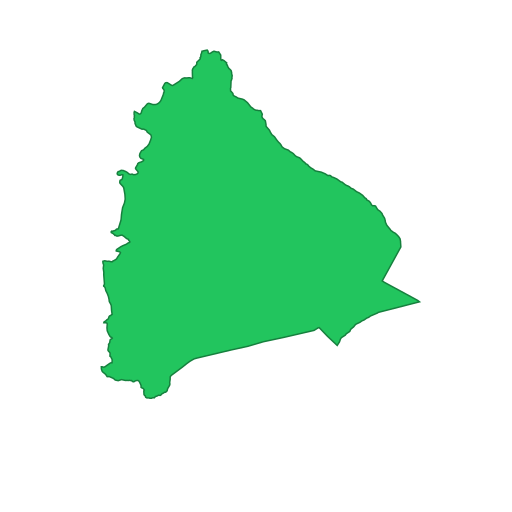 the district of Mt. Elgon, Western, Kenya, rotated 113°
{"feature_id": "3690345B65112986078037", "entity_name": "Mt. Elgon", "entity_type": "district", "adm_level": 2, "iso_a3": "KEN", "parent_name": "Kenya", "parent_adm1": "Western", "projection": "orthographic", "projection_center": [34.589, 0.959], "detail": "fine", "context": "isolated", "style": "filled", "palette": "green", "viewbox_px": 512, "rotation_deg": 113, "n_neighbors": 0, "source": "geoboundaries", "source_scale": "gbopen_adm2", "svg_char_len": 6130}
<svg xmlns="http://www.w3.org/2000/svg" viewBox="0 0 512 512"><g transform="rotate(113 256 256)"><path d="M234.3,87.6L233.7,89.8L230.1,127.4L229.6,130.1L191.1,126.2L186.7,128.4L186.0,128.7L183.8,130.2L182.4,132.3L181.2,135.1L180.6,137.0L180.5,139.0L180.2,139.8L179.8,141.9L179.2,142.6L176.6,147.6L174.3,150.1L173.2,150.7L171.1,152.3L169.4,154.6L169.0,155.4L168.3,155.9L167.6,156.7L166.3,159.4L165.9,161.7L165.1,163.1L163.3,165.5L163.5,166.9L164.2,168.3L164.0,169.1L163.6,169.9L162.5,171.1L161.4,173.0L161.0,176.1L160.3,176.7L160.0,177.6L160.0,178.4L158.5,181.5L157.6,185.6L157.5,188.6L156.4,192.6L156.5,194.9L155.8,197.0L155.6,198.8L155.7,200.0L155.5,201.8L154.4,205.5L154.6,207.0L153.5,211.7L153.4,215.3L153.6,216.9L152.9,218.9L153.2,220.3L153.9,221.1L153.3,224.4L153.3,228.7L154.5,234.8L153.8,237.2L153.4,240.1L152.7,242.6L152.1,243.4L151.6,245.2L151.8,246.1L151.2,247.0L150.7,248.4L150.6,249.3L148.8,253.4L148.6,254.6L148.7,257.3L148.4,259.0L147.2,261.6L146.7,264.0L146.8,264.9L145.9,267.5L146.1,271.7L145.5,274.2L145.2,274.9L143.9,276.5L143.1,277.9L142.4,279.8L141.2,282.1L139.0,285.6L138.1,288.8L136.3,291.3L135.0,292.7L132.7,297.4L131.0,298.2L127.9,300.2L127.2,301.8L127.0,302.8L126.2,304.3L125.1,305.2L123.0,305.6L120.4,308.6L121.2,310.6L121.4,312.0L121.9,313.1L121.7,315.8L121.3,316.6L120.8,319.0L118.2,323.7L116.9,328.0L116.9,329.7L117.7,334.4L117.3,336.6L117.3,338.4L116.8,339.9L115.4,340.8L114.3,343.0L114.1,343.8L113.3,344.2L111.7,345.0L110.9,345.0L104.5,347.4L103.8,347.3L101.8,347.5L101.2,347.9L99.3,348.4L97.6,349.7L96.5,350.2L95.0,351.4L94.2,353.3L94.0,354.3L93.4,354.9L92.9,355.8L91.4,357.1L91.3,357.8L90.5,358.4L89.7,358.4L88.6,362.0L88.5,363.7L89.3,364.0L89.2,364.8L88.2,365.5L84.8,367.0L82.7,370.1L83.5,371.6L83.9,374.7L85.2,375.9L87.4,377.3L87.9,378.3L87.8,379.3L86.2,380.2L85.5,381.4L87.5,384.3L88.1,384.9L88.5,385.7L89.5,385.6L90.2,385.4L92.2,385.4L93.7,384.8L94.4,384.7L95.2,385.0L96.1,384.4L97.0,384.6L100.8,386.2L102.8,385.4L105.5,386.3L106.2,387.0L107.3,387.1L108.0,387.3L109.0,387.3L109.9,387.2L110.6,386.8L112.1,386.2L115.8,384.5L116.7,383.9L117.5,384.0L117.8,386.6L118.2,387.6L119.2,389.3L120.0,391.5L121.2,392.8L121.8,393.3L125.2,394.8L131.4,399.1L131.8,399.7L131.8,400.8L131.1,405.3L131.4,406.2L132.0,407.0L132.9,407.4L137.6,407.8L138.2,407.2L138.6,406.2L139.6,405.1L141.3,404.6L142.1,404.8L142.8,404.5L144.0,404.4L149.7,404.3L151.1,404.5L152.6,405.0L154.2,405.9L155.3,406.9L155.9,407.8L156.9,410.1L157.2,413.8L157.5,414.7L158.4,415.5L162.6,416.8L164.4,417.8L167.1,417.9L168.6,417.6L169.7,417.7L170.5,418.1L171.0,418.8L170.6,421.3L170.4,424.4L171.5,424.3L173.7,423.3L174.2,422.7L175.0,422.6L175.9,422.1L177.2,422.0L178.6,421.2L179.8,419.8L181.3,419.1L183.4,416.9L183.6,416.1L183.8,411.5L183.8,410.4L183.3,409.6L183.1,408.8L183.2,406.4L183.6,405.4L184.3,404.8L184.6,403.9L185.5,400.3L186.2,399.5L187.6,398.6L190.3,398.3L194.8,398.2L195.9,398.5L197.6,398.9L200.4,400.5L202.1,400.9L203.8,402.5L206.9,402.9L208.8,402.6L210.1,401.8L211.1,400.1L211.0,397.2L212.1,396.8L214.3,398.3L214.9,399.2L216.1,400.4L217.1,400.9L218.4,400.8L221.8,401.3L222.7,401.0L224.5,397.5L225.5,397.0L226.5,397.3L227.2,397.8L228.1,398.7L229.0,400.5L229.0,402.1L229.9,403.3L230.1,404.4L230.0,405.3L229.4,407.0L229.1,409.4L229.3,410.2L229.1,410.9L229.2,411.7L229.8,413.6L231.6,415.0L232.2,415.9L233.3,416.1L234.1,416.1L234.9,415.6L235.3,414.7L235.1,413.3L234.6,412.4L233.5,411.2L233.3,410.3L234.6,409.7L237.1,409.3L238.1,409.4L239.3,410.6L240.2,410.6L241.8,410.0L242.3,409.4L244.0,405.6L244.9,404.4L250.6,400.7L254.8,398.6L258.7,397.8L263.6,397.7L270.5,396.0L274.0,394.8L275.8,394.3L284.2,393.4L285.1,393.6L285.4,394.5L286.0,395.0L287.0,395.3L287.8,395.9L288.2,396.6L289.3,397.6L289.3,398.4L290.2,398.8L291.0,398.4L291.2,396.2L291.6,395.2L291.7,394.6L292.2,394.0L291.8,393.2L292.1,392.4L291.9,391.5L291.3,390.5L289.9,388.8L289.1,387.5L289.5,385.1L290.5,382.0L290.5,380.0L291.1,379.5L292.0,377.8L292.8,377.6L294.2,379.0L295.8,379.9L298.3,382.4L300.2,384.0L304.3,386.7L305.3,386.9L306.0,386.6L305.4,383.2L305.8,382.1L306.7,382.0L311.2,383.0L313.2,383.2L314.1,383.8L315.8,385.0L316.4,385.7L317.4,386.0L317.9,387.0L318.2,389.3L319.0,390.8L319.5,393.4L320.7,394.9L322.3,394.1L323.8,392.7L327.1,391.8L330.5,389.7L332.6,388.9L340.5,384.8L341.7,384.4L342.6,384.7L343.3,384.4L343.6,383.4L344.0,382.6L346.6,380.7L348.7,378.2L350.9,376.1L353.1,374.5L355.3,373.2L357.1,370.9L358.3,369.8L362.7,367.6L366.0,365.6L366.6,366.2L367.5,366.4L368.4,367.4L369.4,367.6L371.3,367.4L372.1,367.7L373.0,368.4L374.2,368.8L376.1,370.1L376.9,370.0L376.2,368.3L376.0,367.4L376.2,366.7L376.9,366.3L380.4,365.1L383.0,363.7L385.6,360.9L387.1,358.9L387.4,358.1L387.3,357.1L387.8,356.2L388.7,356.5L389.4,357.2L390.2,357.5L393.0,356.8L395.0,357.2L396.3,356.5L400.0,355.7L400.9,355.2L402.0,352.9L402.6,352.3L405.3,351.3L405.5,350.3L407.6,347.9L410.5,346.8L411.0,347.8L411.9,348.6L417.3,352.0L417.9,352.9L418.1,354.4L418.4,355.1L420.4,354.2L422.2,352.6L422.6,351.9L423.7,348.2L425.2,345.9L424.9,345.0L424.5,344.4L424.3,343.5L424.4,339.2L425.1,337.5L425.1,336.6L424.6,334.1L422.3,331.5L421.6,327.6L420.8,325.9L420.5,324.9L419.9,324.0L419.6,322.6L419.2,321.8L419.8,320.8L419.7,319.7L419.2,319.0L417.9,318.2L417.5,317.6L416.7,316.1L416.8,315.3L417.2,314.4L419.1,312.2L420.3,311.1L421.8,310.5L422.0,309.7L422.0,308.1L423.0,306.4L424.0,306.6L427.4,304.9L427.8,304.2L427.9,303.5L429.1,302.4L429.3,301.0L428.5,299.1L428.4,298.1L427.8,296.6L426.7,295.6L426.3,294.2L424.7,293.7L423.6,292.4L422.2,291.3L421.8,289.8L421.3,289.3L419.9,288.9L418.1,287.5L417.2,287.0L416.7,286.0L415.4,285.3L414.5,285.2L412.7,285.5L408.8,285.0L407.6,285.2L406.0,286.1L403.2,286.8L400.7,287.8L399.1,287.4L387.3,280.5L382.1,277.7L378.6,275.6L374.9,272.8L373.2,270.7L352.0,241.9L342.3,228.2L332.1,215.8L319.9,198.4L301.8,173.5L298.1,170.9L297.2,169.9L301.9,159.0L306.6,146.3L302.4,145.6L299.7,145.8L298.5,145.7L297.5,145.3L294.0,142.9L292.3,142.5L288.8,140.2L286.6,140.2L283.9,138.9L283.3,138.5L280.4,137.7L279.4,137.1L276.4,134.4L274.4,133.2L272.5,131.4L270.0,129.9L268.5,128.4L267.6,127.8L266.6,127.3L260.9,121.8L260.2,121.5L234.3,87.6Z" fill="#22c55e" stroke="#15803d" stroke-width="1.5"/></g></svg>